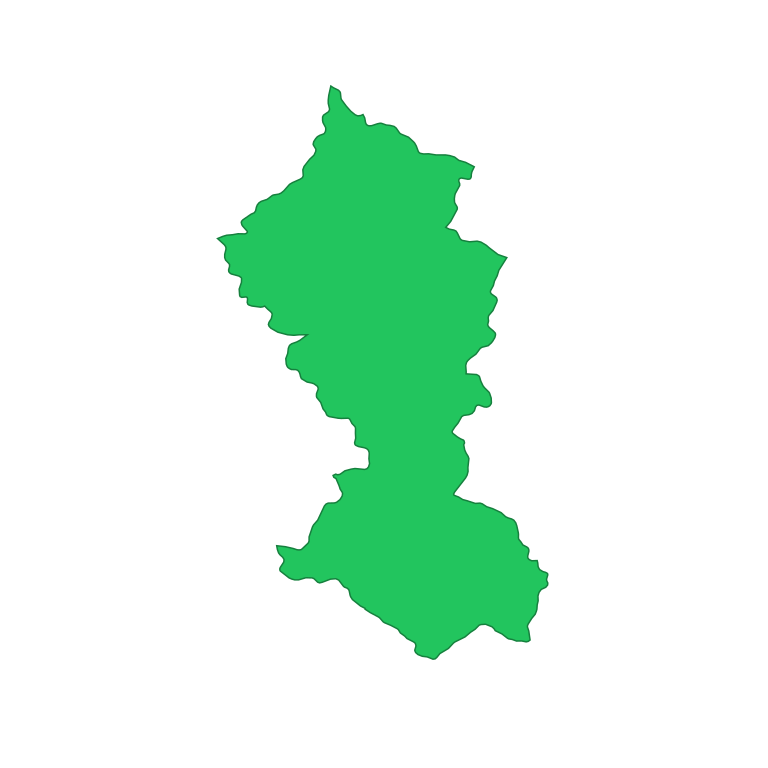 the border of Moravicki, rotated 336°
{"feature_id": "SRB-829", "entity_name": "Moravicki", "entity_type": "District", "adm_level": 1, "iso_a3": "SRB", "parent_name": "Republic of Serbia", "parent_adm1": "", "projection": "equal_earth", "projection_center": [20.274, 43.751], "detail": "fine", "context": "isolated", "style": "filled", "palette": "green", "viewbox_px": 768, "rotation_deg": 336, "n_neighbors": 0, "source": "natural_earth", "source_scale": "10m", "svg_char_len": 6166}
<svg xmlns="http://www.w3.org/2000/svg" viewBox="0 0 768 768"><g transform="rotate(336 384 384)"><path d="M547.6,318.5L535.2,326.8L531.4,331.2L526.8,334.9L523.9,338.6L519.3,342.1L518.7,343.0L518.5,344.2L518.7,345.3L521.5,350.1L521.8,351.3L521.5,353.4L520.3,355.0L513.4,361.2L507.4,364.1L506.1,365.9L505.1,369.0L502.9,371.9L502.7,373.2L503.1,375.2L505.3,379.7L506.3,382.5L506.2,383.7L505.7,384.7L504.1,386.7L500.7,389.1L498.8,390.1L494.8,391.4L488.5,390.3L486.4,390.6L480.2,394.1L473.4,395.5L470.1,396.7L468.2,397.8L466.2,400.3L464.0,406.4L463.1,408.1L472.4,413.0L473.9,415.0L474.2,416.2L473.6,420.9L473.7,425.8L474.3,428.3L476.6,434.3L476.7,435.5L476.2,440.4L474.6,444.6L473.9,445.6L471.8,446.9L470.1,447.1L468.4,446.9L466.2,445.7L462.2,441.8L460.2,441.3L458.4,442.1L455.7,445.2L452.5,446.7L449.2,446.6L444.0,445.1L441.7,445.4L435.8,449.8L430.9,452.3L427.1,454.8L426.7,455.9L426.8,457.1L429.5,462.2L431.6,465.2L433.8,467.6L434.0,468.6L433.6,470.6L432.1,471.9L430.9,477.1L430.9,480.6L431.4,484.2L431.2,486.7L426.7,494.4L425.2,498.1L422.8,501.1L420.3,503.0L404.6,511.4L403.0,512.7L402.7,513.7L402.9,514.3L406.2,517.6L408.9,521.6L412.5,524.5L418.8,530.2L423.3,531.9L425.0,533.4L427.9,537.9L432.6,542.1L438.7,549.2L441.1,554.7L443.0,556.9L445.7,559.2L447.2,561.2L447.9,564.4L447.6,567.7L446.2,574.5L445.7,576.1L444.4,578.8L443.9,580.6L444.8,583.7L445.4,587.5L448.2,591.0L448.9,592.3L449.0,593.5L448.8,594.6L448.2,595.9L445.4,599.5L444.8,600.8L444.7,602.0L445.3,603.6L447.1,605.6L452.1,607.6L451.7,609.9L450.5,613.5L450.5,615.6L450.8,617.0L452.8,619.9L455.1,621.9L456.3,623.6L456.0,625.0L453.1,628.4L452.6,630.2L452.7,632.4L451.7,634.2L449.1,635.5L444.1,635.6L440.9,637.4L438.4,640.3L436.6,644.8L434.1,648.1L432.1,651.9L430.8,653.5L428.5,655.8L423.5,658.3L418.1,661.9L416.8,663.1L416.2,664.3L415.8,668.5L413.3,677.3L411.1,677.8L409.0,677.4L405.2,674.7L400.5,672.7L397.2,669.5L394.3,667.6L393.4,666.5L390.1,660.3L385.3,654.6L385.0,652.3L383.9,649.7L379.1,644.8L374.8,643.2L372.9,643.0L367.5,645.1L362.1,646.0L355.2,648.0L343.8,648.5L342.1,648.9L335.3,651.8L325.4,653.0L321.0,655.3L318.9,655.9L316.8,655.3L312.5,650.9L308.2,648.3L305.0,645.0L303.7,642.2L303.7,640.2L304.0,639.5L306.7,636.3L307.1,633.9L306.8,632.8L306.1,631.6L301.5,625.9L300.4,622.7L297.7,618.1L297.2,614.2L296.6,613.0L292.0,607.2L287.3,602.2L286.5,600.9L284.9,595.8L284.2,594.6L278.5,587.3L275.1,582.0L275.5,581.3L272.2,577.2L267.5,568.1L267.0,564.9L267.1,563.3L268.1,558.7L268.1,557.3L267.2,555.4L265.3,553.5L264.7,552.4L262.9,544.7L260.8,542.3L255.7,540.5L246.9,540.0L244.3,539.5L242.8,538.1L240.9,533.4L239.5,531.9L233.8,529.2L226.4,528.2L222.9,526.7L220.4,524.7L218.4,522.5L213.2,512.7L213.2,511.6L213.7,510.4L214.6,509.4L220.0,505.9L221.3,503.7L221.0,501.1L219.5,497.7L219.0,495.4L219.3,491.8L220.2,488.1L227.7,492.5L234.1,497.3L237.2,500.1L239.0,501.1L240.8,501.6L242.2,501.3L250.0,498.5L251.6,497.1L253.4,493.2L260.6,485.4L262.3,484.1L268.1,481.4L279.9,471.2L282.2,470.1L284.5,470.1L290.3,472.5L292.5,472.8L296.8,471.7L300.2,469.4L301.6,467.2L301.8,466.0L301.2,462.2L301.6,458.6L301.7,450.9L300.2,448.8L300.3,446.8L303.2,446.7L304.8,448.1L307.1,448.6L313.0,447.4L319.3,448.4L323.1,449.4L331.6,454.2L333.9,454.5L336.1,453.5L338.4,450.9L339.8,446.2L342.2,441.6L342.7,440.0L342.7,437.9L341.8,435.9L340.2,434.3L335.3,430.8L333.4,428.7L332.9,427.6L333.2,425.8L336.1,422.0L337.9,417.3L340.0,412.8L340.2,411.2L338.7,407.1L338.4,402.2L338.0,401.4L337.2,400.6L331.0,398.1L328.2,396.6L320.7,391.5L319.4,389.8L319.1,388.7L319.2,385.9L318.2,382.0L318.7,375.1L317.1,369.0L317.3,367.7L318.4,365.4L321.9,361.8L322.3,360.1L322.2,358.9L320.2,355.4L318.4,353.7L314.5,350.9L310.7,345.5L310.8,343.0L311.2,341.3L311.4,338.8L310.8,336.4L309.3,335.0L305.3,333.1L303.9,331.5L303.0,329.9L302.7,328.7L302.8,326.1L304.6,320.9L308.5,316.9L311.1,312.5L312.8,310.8L314.0,310.1L316.1,309.7L321.3,310.1L324.9,309.9L333.9,307.8L326.4,304.5L321.4,302.8L315.9,299.8L308.1,293.5L303.4,287.1L302.5,284.6L302.6,282.6L304.0,280.9L307.7,278.4L309.8,275.5L310.3,274.5L310.3,273.2L309.8,271.7L308.2,268.3L306.7,264.3L304.6,264.2L302.5,263.6L295.0,259.0L292.8,257.0L292.1,255.9L292.2,253.9L293.9,250.9L294.2,249.4L293.7,248.6L293.0,248.2L289.3,247.0L288.1,245.6L288.2,244.2L290.3,238.4L295.1,233.2L296.8,229.7L296.8,228.6L295.4,226.4L289.3,221.4L288.5,220.3L287.9,218.4L288.4,216.6L290.7,213.8L291.5,212.0L291.2,210.5L289.7,206.3L289.9,203.7L291.2,200.8L294.3,196.8L295.0,195.4L295.2,194.1L294.8,191.9L291.1,183.4L297.0,183.6L300.8,184.1L306.3,186.0L311.8,187.4L318.0,190.3L319.8,190.4L321.0,189.6L321.2,188.9L319.1,182.2L318.9,180.8L319.3,178.4L320.1,177.4L321.9,176.6L331.6,174.8L335.2,174.8L337.2,173.5L339.4,170.5L341.2,168.8L343.6,167.6L346.1,167.2L352.3,167.8L358.8,166.3L360.1,166.4L365.0,167.7L367.7,167.7L371.0,166.8L378.9,163.2L382.3,162.8L390.9,162.8L393.4,162.3L394.9,161.0L397.0,155.3L399.5,152.7L407.6,148.4L413.1,146.5L416.3,143.7L417.3,141.8L416.7,137.2L416.8,136.1L418.4,134.0L421.3,132.1L423.7,131.0L426.5,130.7L430.7,131.0L431.6,130.7L433.3,129.4L434.4,127.6L435.0,126.0L434.6,120.4L435.1,118.2L436.5,115.1L438.1,113.8L444.1,112.7L445.7,111.4L446.2,110.3L447.2,105.0L448.5,102.0L450.9,97.9L456.6,90.2L458.4,92.9L461.9,97.1L462.6,99.0L462.6,100.3L460.9,105.5L460.8,106.9L462.5,114.6L464.6,121.3L467.2,126.4L469.1,128.4L472.1,129.3L474.4,129.3L474.6,133.1L473.5,137.6L473.4,139.0L473.7,140.2L474.5,141.4L475.6,142.2L477.8,143.0L483.8,143.6L486.6,144.2L487.8,144.9L491.5,148.4L494.7,150.2L498.0,152.8L499.2,155.1L500.4,161.3L501.3,162.7L506.8,168.5L509.5,174.8L510.0,176.4L510.3,179.8L509.9,185.7L510.4,187.3L511.1,188.1L513.8,190.0L518.5,191.9L524.7,195.9L533.4,199.8L537.0,202.1L540.8,205.4L543.3,210.1L548.7,214.7L554.8,222.3L550.7,225.8L549.1,227.9L547.9,230.3L546.5,231.5L545.6,231.6L544.0,231.1L538.3,227.2L536.7,227.1L535.6,227.6L534.8,229.1L534.6,231.8L533.9,233.4L526.5,239.1L525.3,240.6L523.6,243.4L522.5,246.3L522.3,247.5L522.8,251.8L522.6,253.0L521.9,254.2L511.1,262.6L504.1,266.0L506.5,269.0L510.5,271.8L512.0,273.6L512.4,275.9L512.6,282.2L513.3,283.9L514.0,284.7L520.0,288.9L527.2,291.4L530.3,293.8L533.9,298.9L535.4,302.2L540.8,312.1L547.6,318.5Z" fill="#22c55e" stroke="#15803d" stroke-width="1.5"/></g></svg>